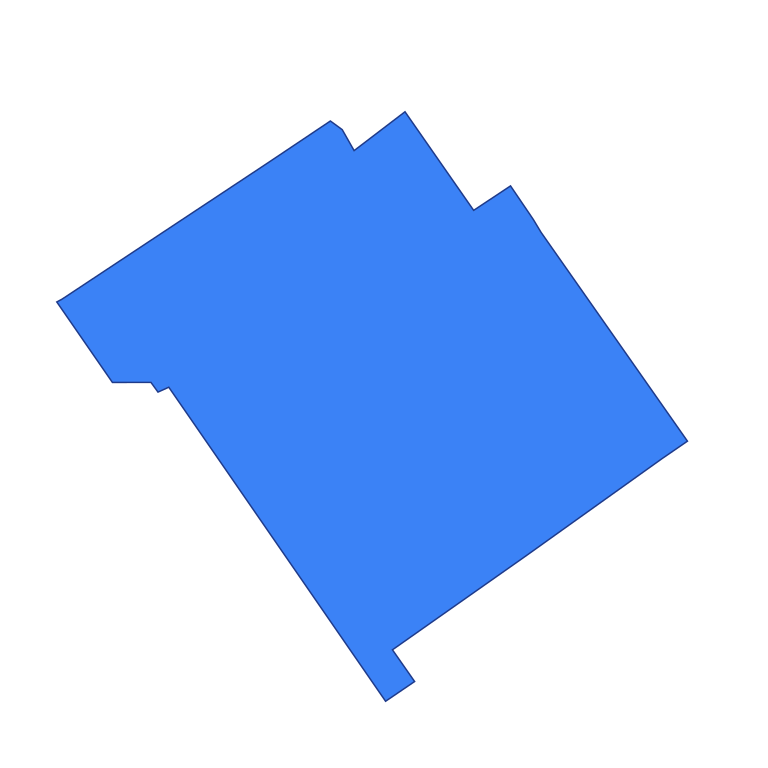 the district of Carroll, Tennessee, United States of America, rotated 54°
{"feature_id": "52423323B38043667480018", "entity_name": "Carroll", "entity_type": "district", "adm_level": 2, "iso_a3": "USA", "parent_name": "United States of America", "parent_adm1": "Tennessee", "projection": "albers", "projection_center": [-88.503, 35.971], "detail": "fine", "context": "isolated", "style": "filled", "palette": "blue", "viewbox_px": 768, "rotation_deg": 54, "n_neighbors": 0, "source": "geoboundaries", "source_scale": "gbopen_adm2", "svg_char_len": 434}
<svg xmlns="http://www.w3.org/2000/svg" viewBox="0 0 768 768"><g transform="rotate(54 384 384)"><path d="M125.3,600.5L223.1,602.8L245.7,571.6L257.7,571.6L260.1,560.0L641.6,569.2L642.7,534.1L604.0,533.4L606.5,369.1L607.8,203.1L608.6,172.1L353.7,167.8L338.7,166.5L298.1,165.2L296.2,209.4L176.1,207.0L177.6,271.0L153.7,268.3L139.7,272.8L136.9,346.3L126.1,594.6L125.3,600.5Z" fill="#3b82f6" stroke="#1e3a8a" stroke-width="1.5"/></g></svg>